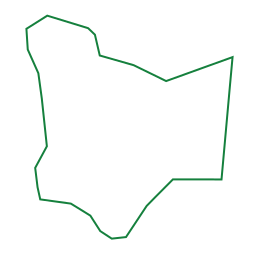 Kolwezi, Katanga, Democratic Republic of the Congo (Equal Earth projection), rotated 271°
{"feature_id": "63176286B76187105234082", "entity_name": "Kolwezi", "entity_type": "district", "adm_level": 2, "iso_a3": "COD", "parent_name": "Democratic Republic of the Congo", "parent_adm1": "Katanga", "projection": "equal_earth", "projection_center": [25.484, -10.753], "detail": "fine", "context": "isolated", "style": "outline", "palette": "green", "viewbox_px": 256, "rotation_deg": 271, "n_neighbors": 0, "source": "geoboundaries", "source_scale": "gbopen_adm2", "svg_char_len": 483}
<svg xmlns="http://www.w3.org/2000/svg" viewBox="0 0 256 256"><g transform="rotate(271 128 128)"><path d="M238.9,45.3L225.4,24.7L204.7,26.4L181.2,37.4L156.0,41.3L108.3,47.2L86.5,35.9L82.2,36.5L67.2,38.6L55.1,41.5L51.4,72.2L43.3,85.9L39.7,91.9L24.4,102.1L17.1,113.7L18.9,127.9L50.4,148.0L59.6,156.7L77.4,173.8L78.2,222.4L169.5,229.0L200.7,231.3L175.6,165.3L188.0,138.8L190.9,132.6L200.0,98.5L220.7,93.3L227.1,86.4L238.9,45.3Z" fill="none" stroke="#15803d" stroke-width="2"/></g></svg>